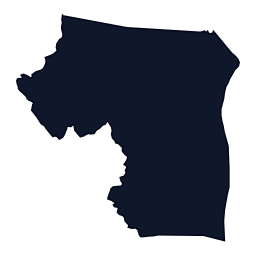 the district of Pekan, Pahang, Malaysia
{"feature_id": "92858781B2818057588374", "entity_name": "Pekan", "entity_type": "district", "adm_level": 2, "iso_a3": "MYS", "parent_name": "Malaysia", "parent_adm1": "Pahang", "projection": "albers", "projection_center": [103.074, 3.304], "detail": "fine", "context": "isolated", "style": "filled", "palette": "ink", "viewbox_px": 256, "rotation_deg": 0, "n_neighbors": 0, "source": "geoboundaries", "source_scale": "gbopen_adm2", "svg_char_len": 2220}
<svg xmlns="http://www.w3.org/2000/svg" viewBox="0 0 256 256"><path d="M62.5,15.4L61.9,20.0L62.6,22.0L62.1,24.6L61.7,27.0L61.9,29.8L62.6,32.2L63.0,34.2L62.8,36.9L61.5,38.6L59.7,39.5L58.2,41.9L56.9,43.9L56.4,47.4L57.3,50.9L55.8,52.2L53.8,53.9L51.8,55.0L49.0,56.2L46.6,57.0L45.3,57.7L46.2,60.5L45.9,63.4L44.4,66.9L42.9,69.1L40.5,70.6L38.1,71.1L35.6,72.1L33.4,73.9L32.1,74.6L32.4,76.7L30.8,78.3L27.5,75.9L23.4,74.3L21.2,75.2L22.5,77.4L21.9,78.7L17.7,78.7L16.8,80.5L17.3,83.7L18.4,86.6L18.6,88.8L20.5,91.0L22.9,93.0L26.4,96.5L27.3,98.7L29.1,100.2L31.9,101.3L33.5,102.8L33.5,104.3L32.9,104.5L31.7,110.2L37.2,117.3L40.7,122.9L42.2,124.3L44.9,126.0L46.0,128.2L52.8,136.5L54.7,135.9L57.1,136.5L59.3,139.1L62.6,137.2L64.3,134.5L66.6,128.6L66.5,127.3L67.8,126.2L70.9,126.5L73.3,124.3L74.2,126.0L74.9,130.2L77.7,133.7L80.3,136.8L84.1,135.7L85.6,134.6L88.4,133.4L90.8,133.9L94.3,133.4L95.2,131.5L96.6,129.9L99.2,128.4L101.2,126.4L102.9,124.9L105.1,124.2L106.2,122.5L107.7,120.7L109.9,124.2L111.6,127.1L112.3,130.6L111.6,134.3L112.5,137.8L115.4,141.3L115.6,142.7L118.9,143.8L120.2,145.3L122.6,147.5L122.4,151.0L124.2,153.4L126.3,155.4L127.9,156.7L127.4,158.9L126.1,161.7L124.1,164.5L126.6,166.1L127.0,167.6L125.4,170.3L126.3,172.6L125.7,173.8L124.1,176.2L120.2,177.5L120.9,180.5L123.0,183.8L121.5,186.2L117.4,186.5L113.4,186.9L111.2,188.6L110.1,192.1L108.4,196.5L107.9,198.9L111.6,200.2L114.1,202.0L116.3,202.9L113.4,204.9L114.5,206.6L117.8,207.2L118.4,209.0L117.4,212.1L119.3,214.3L122.6,215.4L124.6,217.3L125.2,221.1L127.4,223.5L129.0,225.0L128.3,227.2L131.1,228.1L134.0,228.1L135.5,227.8L137.9,229.6L138.8,232.7L139.5,235.1L140.8,236.6L143.6,236.6L146.2,236.2L149.5,235.9L153.5,235.7L157.8,234.8L203.6,235.3L224.4,240.6L223.5,221.1L224.4,209.9L227.1,194.6L228.9,187.0L228.9,168.5L228.0,146.1L224.0,131.7L223.1,126.3L221.7,120.9L220.8,115.1L220.8,109.2L222.2,103.8L223.5,98.9L224.4,92.2L225.7,86.8L228.0,82.7L229.8,78.2L232.5,73.7L234.7,69.7L238.3,66.1L239.2,62.5L237.9,59.4L235.2,56.2L231.6,53.1L228.9,49.9L213.5,31.3L213.0,32.7L211.5,33.6L209.2,33.8L208.3,32.6L207.6,31.2L206.3,32.2L205.1,32.2L204.6,31.1L202.4,31.8L200.2,32.3L127.7,27.8L126.0,27.6L62.8,15.8L62.5,15.4Z" fill="#0f172a" stroke="#020617" stroke-width="1.5"/></svg>